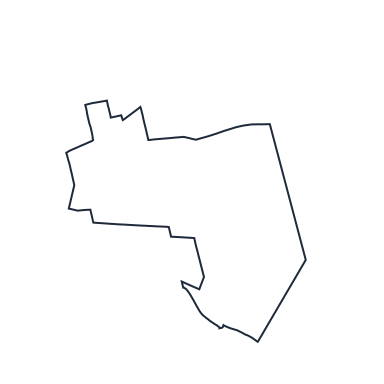 the district of Comuna 9, Ciudad de Buenos Aires, Argentina, rotated 213°
{"feature_id": "61730980B27244915898287", "entity_name": "Comuna 9", "entity_type": "district", "adm_level": 2, "iso_a3": "ARG", "parent_name": "Argentina", "parent_adm1": "Ciudad de Buenos Aires", "projection": "mercator", "projection_center": [-58.49, -34.654], "detail": "fine", "context": "isolated", "style": "outline", "palette": "slate", "viewbox_px": 384, "rotation_deg": 213, "n_neighbors": 0, "source": "geoboundaries", "source_scale": "gbopen_adm2", "svg_char_len": 3804}
<svg xmlns="http://www.w3.org/2000/svg" viewBox="0 0 384 384"><g transform="rotate(213 192 192)"><path d="M163.7,291.3L164.0,291.1L165.7,289.9L166.3,289.5L167.6,288.6L171.3,286.1L172.0,285.7L173.6,284.7L175.0,283.7L177.4,282.1L178.2,281.6L179.0,281.0L179.6,280.4L180.9,279.4L182.2,278.2L184.2,276.5L185.6,275.2L190.2,270.5L190.7,269.9L196.1,263.4L199.0,259.9L199.6,259.1L203.0,254.7L203.9,253.5L204.8,252.5L205.6,251.5L206.2,250.6L207.0,249.8L208.7,247.7L209.2,247.1L212.8,243.0L217.2,238.0L217.6,237.8L221.5,236.4L224.1,235.5L224.4,235.4L229.0,233.7L229.5,233.3L231.3,231.9L231.8,231.5L232.6,230.9L236.1,228.2L239.6,225.4L243.1,222.7L246.7,219.9L249.0,218.1L250.2,217.2L251.1,216.5L251.6,216.1L253.0,215.0L253.7,214.4L254.0,214.1L254.3,213.9L254.8,213.5L256.9,211.8L258.5,213.4L259.0,213.8L260.5,215.3L261.3,216.0L263.8,218.5L268.4,222.8L269.1,223.4L271.3,225.6L271.5,225.7L272.6,226.8L274.0,228.2L274.5,228.7L274.9,229.2L277.2,231.3L279.8,233.7L281.3,235.0L281.6,235.2L283.5,229.8L286.3,222.2L288.5,216.2L289.2,214.6L289.6,214.9L291.0,216.0L291.9,216.7L292.6,217.4L293.1,217.8L300.6,210.2L302.4,212.0L303.7,213.3L304.3,213.8L305.7,215.1L306.0,215.4L306.5,215.9L307.9,217.2L308.2,217.4L310.2,219.3L311.0,220.1L311.5,220.6L311.7,220.8L313.1,222.2L313.2,222.3L314.6,220.9L322.5,213.6L323.0,213.2L323.9,212.3L324.1,212.2L324.3,211.9L325.5,210.7L327.7,208.3L328.9,206.8L327.0,205.1L326.2,204.4L325.4,203.6L324.7,202.9L324.1,202.2L322.6,200.5L321.9,199.9L320.7,198.6L320.5,198.4L319.3,197.3L316.7,194.8L316.1,194.3L315.8,193.9L315.1,193.3L312.5,191.3L310.9,189.7L309.3,188.2L308.3,187.2L307.7,186.6L305.6,184.4L305.3,184.0L305.0,183.7L304.6,183.0L303.2,181.7L303.8,180.1L305.9,177.0L307.2,175.0L307.8,174.0L308.2,173.5L308.5,173.0L309.9,171.0L313.3,165.7L315.3,162.8L317.4,159.4L318.8,156.3L318.6,156.1L318.1,155.8L317.2,155.1L314.4,152.5L312.1,150.5L311.5,150.0L310.6,149.3L309.3,148.0L308.6,147.4L304.3,143.2L303.7,142.7L299.3,138.4L294.4,133.6L294.2,133.0L291.8,126.3L291.5,125.6L291.4,125.1L289.9,121.1L289.7,120.4L288.2,116.4L286.6,111.8L286.3,111.0L281.9,112.6L277.7,114.1L274.1,117.0L270.6,119.7L267.6,121.8L266.8,121.0L264.9,119.2L261.7,116.1L258.7,113.2L258.0,112.6L252.1,115.9L250.7,116.7L249.1,117.6L246.5,119.0L245.4,119.6L241.0,122.1L237.0,124.3L234.2,125.9L233.2,126.5L231.5,127.5L230.7,128.0L229.8,128.5L228.5,129.2L225.0,131.2L221.7,133.1L220.8,133.6L218.2,135.1L214.9,137.0L214.6,137.2L212.2,138.6L211.9,138.8L211.3,139.1L210.8,139.4L209.7,140.0L206.7,141.8L204.0,143.3L198.8,146.4L194.2,149.1L193.9,149.2L193.7,149.2L193.3,149.5L192.4,150.0L192.0,149.6L188.0,145.8L187.0,144.8L185.2,143.1L181.1,145.5L177.1,147.8L173.0,150.1L169.0,152.4L165.0,154.6L162.9,152.5L161.0,150.6L159.0,148.7L157.0,146.9L156.5,146.5L151.9,142.2L147.2,137.9L146.8,137.5L142.6,133.6L138.0,129.4L135.7,127.3L135.6,126.9L134.7,122.7L133.7,118.0L133.0,114.9L132.9,114.4L137.4,113.6L151.8,111.3L151.6,111.1L150.0,109.6L149.2,108.8L147.3,107.0L146.8,107.4L146.3,107.4L144.1,107.4L141.6,106.6L139.5,105.8L137.3,104.8L136.7,104.5L136.2,104.3L135.0,103.6L134.9,103.6L132.3,102.3L129.7,100.9L129.2,100.6L127.6,99.8L126.0,98.9L125.0,98.4L124.6,98.2L121.9,96.8L121.8,96.7L119.6,95.8L119.0,95.5L115.9,94.6L113.9,94.4L111.7,94.1L109.0,94.0L107.2,93.7L106.1,93.7L101.5,93.6L100.8,93.6L100.4,93.6L100.1,93.6L99.4,93.7L98.6,93.7L98.4,93.7L98.0,93.6L97.0,93.6L96.9,93.6L96.2,93.5L95.5,93.4L95.1,93.2L94.8,92.7L94.4,93.2L94.2,93.5L93.7,93.6L92.8,94.7L92.6,95.5L92.7,96.0L93.1,97.5L91.7,97.5L86.6,98.4L83.9,99.1L83.0,99.4L79.2,100.5L78.9,100.6L73.8,101.2L68.7,101.6L68.1,101.9L66.9,102.1L65.5,102.2L64.6,102.3L63.7,102.4L62.3,102.4L61.7,102.5L60.9,102.4L60.2,102.4L59.3,102.3L59.0,102.3L58.1,102.3L57.4,102.2L56.5,102.2L55.4,102.2L55.2,102.2L59.5,195.0L59.6,197.0L163.7,291.3Z" fill="none" stroke="#1e293b" stroke-width="2"/></g></svg>